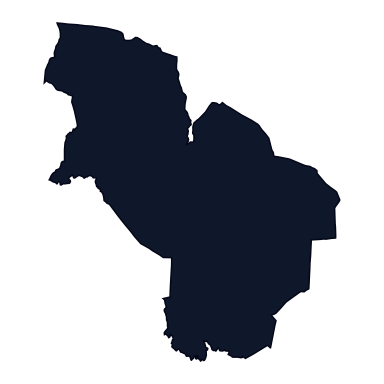 Ham Thuan Bac, Bình Thuận, Vietnam (Equal Earth projection)
{"feature_id": "81297802B59459676884366", "entity_name": "Ham Thuan Bac", "entity_type": "district", "adm_level": 2, "iso_a3": "VNM", "parent_name": "Vietnam", "parent_adm1": "Bình Thuận", "projection": "equal_earth", "projection_center": [107.987, 11.155], "detail": "fine", "context": "isolated", "style": "filled", "palette": "ink", "viewbox_px": 384, "rotation_deg": 0, "n_neighbors": 0, "source": "geoboundaries", "source_scale": "gbopen_adm2", "svg_char_len": 5890}
<svg xmlns="http://www.w3.org/2000/svg" viewBox="0 0 384 384"><path d="M222.4,102.6L220.5,104.4L219.3,104.9L218.3,104.5L216.8,103.3L214.4,102.8L212.6,102.7L211.8,103.0L210.7,104.5L209.7,105.6L205.5,112.1L199.0,118.8L196.6,120.6L195.3,122.0L194.3,122.5L193.4,124.8L192.9,127.0L193.0,130.4L192.7,132.8L192.9,133.8L193.6,134.5L193.9,135.5L194.0,139.0L193.7,141.4L193.3,142.0L193.1,142.1L190.3,142.1L187.9,144.1L186.5,144.6L187.2,142.8L188.3,141.1L188.5,139.7L188.3,138.4L187.2,136.5L187.1,135.9L187.9,134.2L188.2,131.0L188.2,130.3L187.4,129.3L187.3,128.8L187.6,128.2L188.4,127.7L189.7,125.7L191.0,124.9L191.1,124.1L190.5,122.4L190.9,120.6L190.1,119.5L189.3,119.0L188.9,117.2L187.9,115.4L187.6,113.6L187.1,112.3L184.7,109.5L185.0,103.9L186.2,97.9L186.1,96.5L185.3,94.8L182.5,92.3L182.2,91.8L181.2,87.6L180.1,85.3L179.1,81.8L178.1,78.7L178.1,77.8L178.7,75.1L178.7,73.8L178.1,72.1L176.8,70.1L176.6,69.6L176.4,68.0L176.5,64.0L176.9,61.0L176.8,57.0L175.2,56.7L162.4,52.3L161.8,51.9L161.2,51.0L160.5,49.3L159.9,48.1L158.4,47.8L157.9,47.2L157.1,45.8L156.2,45.6L153.6,46.2L152.6,46.1L148.9,44.2L146.2,43.5L142.6,41.2L140.4,39.4L137.3,37.6L135.3,37.5L134.3,38.4L132.9,39.2L132.5,39.9L129.2,40.5L126.8,40.5L125.4,40.3L124.6,39.9L124.2,39.4L123.7,38.2L122.8,33.9L121.3,32.4L117.7,30.9L106.3,28.1L94.4,26.6L92.6,26.2L85.7,25.8L76.8,24.7L67.5,24.1L62.9,23.5L57.1,23.0L57.7,24.8L59.2,27.8L59.8,29.6L60.4,33.1L60.4,37.6L60.1,38.3L59.2,39.6L58.9,41.2L58.3,43.0L56.0,46.3L55.6,48.7L54.4,52.3L54.3,53.7L54.6,56.0L54.6,57.1L54.2,57.4L51.6,57.9L50.8,58.2L50.1,58.9L49.5,60.1L48.8,62.9L47.6,64.8L47.3,65.9L45.5,70.1L44.3,82.8L46.1,81.0L46.6,80.9L49.3,82.7L51.3,83.2L52.2,83.7L54.2,86.0L56.3,89.2L57.1,89.8L58.4,90.3L62.4,90.9L63.9,92.1L67.0,93.3L68.3,94.7L71.9,95.7L72.7,96.2L71.9,100.9L71.8,102.1L72.8,105.1L74.5,111.1L76.9,122.0L77.5,125.7L77.2,126.2L76.9,127.6L76.4,128.1L75.4,128.4L74.6,130.0L74.2,129.8L73.6,129.1L73.3,129.1L72.5,131.6L71.8,132.6L70.2,132.4L69.7,132.5L68.8,133.8L67.9,134.1L67.5,135.0L66.3,136.0L66.2,136.5L66.5,138.3L65.7,141.1L65.1,142.4L64.8,145.9L64.5,149.9L64.5,159.8L64.3,161.3L64.1,161.6L62.9,161.4L61.8,162.1L61.3,162.9L60.9,165.3L59.8,168.2L58.0,169.4L56.3,169.9L55.8,170.5L55.0,172.2L53.7,172.7L52.6,173.7L51.2,175.7L49.6,179.3L49.2,179.8L50.1,180.1L53.4,182.0L55.5,182.5L56.8,183.8L57.3,183.6L58.3,181.7L59.3,181.7L60.0,182.4L60.3,184.7L61.1,185.0L63.3,183.7L65.4,183.8L67.0,183.4L68.8,183.4L69.6,183.1L70.4,181.8L70.4,181.1L70.1,180.3L68.9,179.4L68.7,178.8L68.8,178.1L69.6,177.0L71.0,176.1L72.2,175.0L72.7,175.2L73.6,177.6L74.1,178.0L74.9,177.9L77.8,175.8L79.7,175.4L81.2,176.1L82.5,176.4L84.1,178.1L84.6,178.0L85.9,176.9L87.5,176.8L88.4,175.9L89.2,175.6L91.4,175.8L92.1,176.4L93.3,177.8L95.8,177.8L96.3,178.3L96.4,178.7L95.4,181.1L95.4,182.1L96.5,185.4L96.6,186.5L96.9,186.7L97.6,186.3L97.8,186.6L97.8,187.5L98.2,188.3L100.4,189.5L100.6,190.0L100.3,190.9L100.4,191.4L101.3,191.6L101.7,191.9L103.0,194.3L103.7,197.0L104.1,200.6L105.8,201.9L107.2,203.4L108.9,203.9L109.7,204.6L118.8,216.8L125.4,225.1L130.3,230.9L134.4,236.3L140.9,243.7L148.9,248.1L153.0,251.0L159.5,254.8L163.3,257.5L171.2,257.6L171.6,257.8L171.7,261.1L171.6,265.7L170.5,284.9L170.0,297.0L163.2,298.6L164.0,299.2L164.7,300.4L165.2,303.5L166.1,306.0L166.0,307.5L165.5,308.4L164.7,308.9L164.4,309.4L164.3,310.8L164.5,311.5L165.7,313.7L165.9,314.9L166.5,316.6L166.6,320.0L167.1,321.1L167.5,322.5L167.5,326.3L168.0,328.0L164.8,331.8L164.2,333.1L164.4,333.3L164.5,334.6L165.5,334.2L166.2,334.3L168.4,336.6L168.6,337.6L169.2,337.5L169.9,336.8L169.9,336.1L170.2,334.7L170.9,335.6L171.9,335.6L172.3,335.9L173.5,339.1L172.4,339.9L172.2,341.3L171.4,343.4L172.4,344.4L172.5,345.2L171.9,346.2L171.9,346.5L172.1,347.1L172.7,347.7L173.9,348.5L175.2,349.9L176.2,350.8L176.6,350.8L177.1,350.2L177.7,348.8L178.0,348.7L178.4,348.9L179.6,350.1L180.5,351.8L180.9,352.2L182.2,352.5L185.1,353.9L185.5,354.3L186.4,356.2L188.9,356.1L189.8,356.6L190.2,357.3L190.8,359.2L191.2,360.1L191.5,360.2L192.4,359.0L193.5,358.4L194.4,356.2L194.8,355.7L195.0,355.7L195.4,356.0L195.7,358.4L196.2,359.0L196.7,358.7L197.1,358.1L197.2,355.7L197.8,355.8L198.2,356.5L198.1,358.2L198.2,358.7L198.6,359.0L199.8,359.3L200.0,360.3L200.6,361.0L201.1,360.7L202.0,359.3L202.8,359.5L203.3,360.5L204.3,360.3L204.8,359.7L205.7,357.6L206.3,355.2L206.1,350.4L207.4,350.0L207.8,348.5L207.5,348.1L206.2,347.7L205.7,347.1L204.8,343.7L203.7,341.8L203.5,341.0L205.8,341.5L207.1,341.5L207.6,341.7L208.1,343.0L209.0,344.1L209.6,344.6L210.8,345.1L211.0,346.7L211.7,347.8L211.8,348.9L212.0,349.5L213.3,350.5L213.8,350.5L213.9,349.9L214.3,349.8L215.6,351.0L216.1,350.9L216.5,349.7L217.1,349.5L217.7,348.1L218.2,348.0L218.7,348.1L219.0,348.5L219.4,350.0L219.8,350.7L222.4,351.0L222.9,350.7L223.9,350.6L224.3,349.9L224.5,349.9L225.5,350.9L228.9,351.2L229.2,351.5L229.2,352.0L228.2,354.5L231.5,356.1L232.1,356.8L232.7,357.1L237.5,357.1L241.0,357.7L242.2,357.5L242.7,356.4L245.4,358.4L253.3,354.0L267.0,345.6L268.1,345.8L270.3,347.8L270.5,347.8L275.0,324.7L276.0,320.7L271.7,315.8L271.5,315.3L271.7,314.9L273.8,314.3L275.8,313.3L280.8,308.0L285.7,302.4L287.3,301.1L298.0,293.4L300.0,292.0L301.4,291.5L304.1,291.8L306.5,290.0L308.7,288.9L308.8,288.7L309.8,268.1L310.0,262.2L310.5,256.6L311.3,239.9L319.8,239.4L323.3,239.0L326.3,239.1L330.9,238.4L335.6,238.0L335.7,235.4L335.4,226.6L335.1,223.8L334.6,208.4L334.8,207.7L335.5,206.5L337.8,203.4L339.5,200.8L339.7,200.2L339.7,199.7L336.8,192.5L336.5,192.0L335.2,190.8L330.4,187.4L325.6,183.6L317.2,173.6L316.9,172.6L317.0,171.5L316.9,170.6L314.8,168.9L313.7,168.3L312.1,167.8L310.1,166.5L306.0,165.8L304.0,165.2L289.5,159.1L278.3,156.9L274.4,156.4L273.7,155.4L273.5,154.6L273.5,153.2L273.0,152.3L272.8,151.5L272.1,150.6L271.8,150.0L268.8,138.3L268.5,137.8L265.2,133.5L262.1,130.1L260.6,128.0L259.1,125.7L257.8,124.3L251.3,120.2L241.6,115.0L230.2,107.8L226.2,105.7L222.4,102.6Z" fill="#0f172a" stroke="#020617" stroke-width="1.5"/></svg>